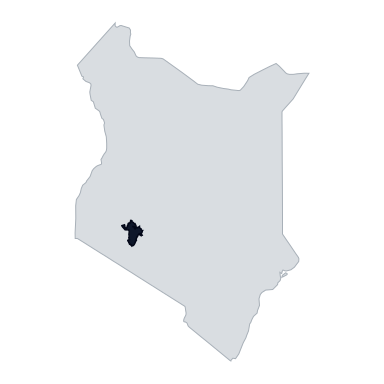 location of Narok North, Rift Valley, Kenya
{"feature_id": "3690345B19794245895997", "entity_name": "Narok North", "entity_type": "district", "adm_level": 2, "iso_a3": "KEN", "parent_name": "Kenya", "parent_adm1": "Rift Valley", "projection": "robinson", "projection_center": [35.859, -0.842], "detail": "fine", "context": "in_parent", "style": "filled", "palette": "ink", "viewbox_px": 384, "rotation_deg": 0, "n_neighbors": 0, "source": "geoboundaries", "source_scale": "gbopen_adm2", "svg_char_len": 5993}
<svg xmlns="http://www.w3.org/2000/svg" viewBox="0 0 384 384"><path d="M75.2,238.5L75.1,232.9L75.8,218.5L75.7,205.8L76.4,199.5L79.1,195.5L80.4,192.6L81.3,188.5L82.7,185.2L86.0,182.5L86.6,181.0L90.1,176.5L92.2,170.7L93.7,168.7L95.7,166.9L97.1,165.9L99.3,165.0L101.1,164.4L101.4,164.0L101.6,163.0L101.0,159.4L101.8,158.3L103.0,155.9L104.4,153.6L105.6,152.2L106.3,150.7L106.7,148.2L106.7,146.4L106.7,143.5L106.3,136.8L104.8,131.3L103.9,125.0L104.6,123.0L103.4,119.3L102.9,119.1L101.9,118.3L100.7,114.9L99.8,111.8L99.2,111.0L95.3,108.2L93.4,101.8L91.2,100.3L90.0,93.9L89.8,92.0L91.0,85.6L90.9,84.1L89.6,82.8L85.9,81.4L82.9,78.8L83.3,77.8L83.5,76.9L81.9,76.2L77.4,65.2L83.3,58.6L89.2,52.0L96.8,43.5L103.8,35.7L109.8,29.0L115.2,23.0L115.1,24.2L115.1,25.7L115.8,26.6L116.9,27.3L118.4,26.6L119.8,25.7L121.1,25.5L129.2,28.0L130.5,30.1L130.4,32.5L130.8,34.2L130.2,35.9L129.5,41.0L129.7,45.7L132.1,49.2L134.3,52.0L136.0,55.8L137.3,57.0L139.0,57.6L144.6,57.8L152.8,58.0L160.7,58.3L161.5,58.4L163.1,58.9L170.4,64.1L177.1,68.9L182.8,73.0L188.2,77.0L193.6,81.0L197.7,84.2L201.8,85.2L208.4,85.7L213.0,85.8L217.2,87.2L223.5,88.5L228.2,89.1L231.1,89.8L239.0,90.6L240.3,90.2L243.7,86.6L247.6,80.7L249.1,77.5L254.2,74.3L263.0,69.8L269.2,66.7L276.1,63.5L279.3,66.2L283.6,70.6L285.6,72.8L287.1,73.8L289.5,74.4L292.4,74.4L293.9,74.3L297.1,73.8L304.6,73.2L308.9,73.3L305.3,79.1L301.0,86.1L293.1,99.0L287.0,105.8L282.4,111.0L282.0,111.9L282.0,117.6L282.1,131.6L282.2,159.5L282.4,187.5L282.5,215.5L282.5,229.4L282.5,234.1L286.5,240.0L290.5,245.8L295.6,253.4L298.4,257.4L298.9,258.8L298.7,261.5L294.4,267.2L290.9,269.8L286.2,271.0L284.8,270.8L283.0,270.0L282.2,271.4L281.7,273.5L280.7,273.0L279.9,272.4L280.3,276.2L280.8,278.1L280.1,280.6L277.8,282.8L277.6,284.6L272.7,289.5L265.6,290.1L261.9,292.5L260.3,294.5L259.0,298.8L259.5,305.4L257.5,310.6L257.1,313.1L253.5,316.4L251.9,319.5L250.7,322.6L249.7,323.9L248.5,330.9L246.8,335.1L246.3,336.5L245.9,337.8L244.6,340.2L243.7,341.9L243.1,343.1L238.8,353.9L235.5,358.7L232.9,358.2L231.1,360.1L230.9,361.0L230.0,360.5L227.8,358.7L223.3,355.0L218.8,351.3L214.4,347.7L209.9,344.0L205.4,340.3L200.9,336.7L196.4,333.0L191.9,329.3L189.3,327.2L188.1,325.9L187.2,323.4L186.7,322.8L185.5,322.0L184.1,321.8L183.7,321.3L183.7,320.1L184.2,318.3L185.9,315.0L186.1,313.0L185.7,310.7L185.2,307.1L184.8,306.3L181.8,304.4L175.6,300.5L169.3,296.5L163.1,292.6L156.8,288.6L150.6,284.7L144.3,280.7L138.1,276.8L131.9,272.8L125.6,268.9L119.4,264.9L113.1,261.0L106.9,257.0L100.6,253.1L94.4,249.2L88.1,245.2L81.9,241.3L79.5,239.8L77.4,238.5L75.2,238.5ZM282.9,276.9L281.8,277.2L282.4,275.3L285.6,272.8L286.9,273.4L287.2,273.9L287.1,274.5L286.6,274.9L282.9,276.9Z" fill="#d9dde1" stroke="#a8b0b8" stroke-width="1"/><path d="M139.5,226.5L139.4,226.6L139.2,226.7L138.8,226.9L138.2,227.3L137.5,227.8L137.3,227.6L137.1,227.4L136.7,227.6L136.3,227.9L135.6,228.5L135.1,229.0L134.6,228.7L134.6,228.3L133.5,226.7L133.1,226.8L133.0,226.5L134.2,226.4L135.2,227.4L136.1,226.2L136.0,225.8L135.7,225.2L135.6,224.9L135.3,224.2L135.1,224.1L135.1,223.9L135.0,223.7L134.8,223.8L134.8,223.7L134.7,223.7L134.1,223.4L133.9,223.3L133.6,222.9L133.5,222.7L133.4,222.6L132.7,222.2L132.3,222.0L132.3,221.9L131.8,221.6L131.9,221.0L131.9,220.8L131.7,220.8L131.6,221.0L131.2,221.1L131.3,220.7L131.2,220.4L130.9,220.4L130.7,220.4L130.7,220.5L130.6,220.8L130.6,221.0L130.4,221.7L130.2,222.3L130.0,223.1L129.4,223.0L129.1,222.9L128.9,223.0L128.7,223.2L128.7,223.3L128.6,223.5L128.4,223.6L128.2,223.6L128.2,223.8L128.2,224.1L128.3,224.2L128.2,224.3L128.2,224.6L128.0,224.8L127.9,225.0L127.7,225.1L127.7,225.3L127.5,225.6L127.6,225.8L127.4,225.9L127.4,226.0L127.5,226.1L127.5,226.5L127.4,226.6L127.3,226.9L127.2,227.0L127.0,227.3L126.9,227.3L126.9,227.5L126.8,227.8L126.7,227.9L126.6,228.0L126.4,228.4L126.3,228.6L126.2,228.5L126.0,228.3L125.8,228.0L125.2,227.6L124.9,227.1L124.9,226.9L124.7,225.4L124.5,224.8L121.9,225.6L122.2,226.5L125.1,229.8L128.4,229.9L128.7,229.8L128.8,230.0L128.9,230.3L128.9,230.6L129.0,230.8L129.1,231.0L129.2,231.5L129.3,231.8L129.3,232.0L129.2,232.3L129.1,232.6L129.1,232.8L129.1,233.1L129.1,233.4L129.1,233.7L129.0,233.8L128.9,234.0L129.0,234.1L129.0,234.3L129.0,234.5L129.1,234.8L129.0,235.0L129.1,235.5L129.1,235.8L129.1,236.2L129.1,236.5L129.1,236.8L129.1,237.0L129.0,237.3L128.9,237.4L129.0,237.6L128.9,237.7L128.9,237.8L129.0,237.9L129.0,238.0L129.0,238.3L129.0,238.5L129.0,238.8L129.1,239.0L129.0,239.3L129.1,239.5L129.3,239.7L129.4,239.8L129.2,239.9L129.0,240.0L127.8,240.3L127.8,240.6L127.8,240.8L128.0,240.9L128.1,241.0L128.3,241.2L128.3,241.3L128.5,241.5L128.6,241.8L128.8,242.2L128.8,242.4L128.8,242.5L129.0,242.8L128.9,242.9L129.0,243.0L129.3,243.1L129.5,243.3L129.6,243.5L129.6,243.8L129.6,244.0L129.8,243.9L129.9,244.0L130.0,244.2L130.1,244.3L130.1,244.2L130.1,244.3L130.3,244.5L130.5,244.5L130.8,244.5L131.0,244.6L131.2,244.8L131.3,244.9L131.3,245.0L131.4,245.3L131.6,245.5L131.8,245.8L132.0,245.9L132.0,246.0L132.2,245.9L132.2,245.7L132.3,245.8L132.5,245.7L132.8,245.6L133.0,245.6L133.3,245.5L133.8,245.0L134.2,244.5L134.3,244.3L134.8,243.4L135.4,242.0L135.4,241.7L135.5,241.7L136.4,240.2L136.1,239.9L136.1,239.6L136.1,239.3L136.2,239.2L136.3,238.9L136.3,238.7L136.4,238.3L136.5,238.2L136.6,237.9L136.7,237.7L136.8,237.4L137.0,237.3L137.1,237.1L137.1,236.9L137.1,236.7L137.3,236.4L137.5,236.2L137.8,236.0L137.8,235.9L137.8,235.7L137.9,235.4L138.1,235.1L138.2,234.9L138.3,234.7L138.5,234.6L138.7,234.4L138.8,234.2L139.0,233.9L139.3,233.7L139.6,233.6L139.7,233.4L139.8,233.3L139.8,233.2L139.9,233.4L139.9,233.5L139.9,233.9L139.8,234.4L139.8,234.7L139.8,234.8L140.1,234.8L140.2,234.7L140.3,234.9L140.4,235.1L140.5,235.1L140.7,235.3L140.8,235.4L140.8,235.2L142.1,235.2L141.6,234.2L141.3,233.0L142.2,232.0L142.3,231.3L142.2,231.3L142.2,231.2L142.2,230.8L142.2,230.7L142.3,230.6L142.2,230.6L142.0,230.4L141.7,230.2L141.4,230.0L141.3,229.9L141.3,229.6L141.2,229.3L141.1,229.1L141.1,228.9L140.9,228.8L140.7,228.8L139.6,227.7L139.5,226.5Z" fill="#0f172a" stroke="#020617" stroke-width="1.5"/></svg>